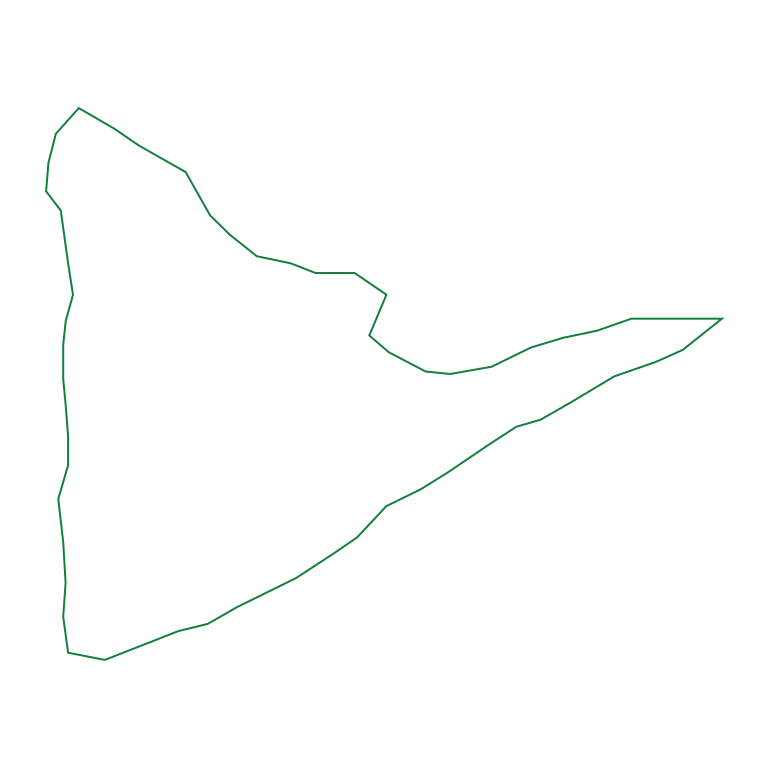 Neta, Cyprus
{"feature_id": "46923920B38170479802577", "entity_name": "Neta", "entity_type": "district", "adm_level": 2, "iso_a3": "CYP", "parent_name": "Cyprus", "parent_adm1": "", "projection": "robinson", "projection_center": [34.225, 35.469], "detail": "fine", "context": "isolated", "style": "outline", "palette": "green", "viewbox_px": 768, "rotation_deg": 0, "n_neighbors": 0, "source": "geoboundaries", "source_scale": "gbopen_adm2", "svg_char_len": 827}
<svg xmlns="http://www.w3.org/2000/svg" viewBox="0 0 768 768"><path d="M78.8,108.1L55.9,133.7L48.5,162.5L46.1,191.3L60.8,210.6L68.1,263.4L73.0,294.7L65.7,321.1L63.2,345.1L63.2,378.8L65.7,405.2L68.1,436.4L68.1,465.3L58.3,498.9L63.2,542.2L65.6,583.0L63.2,616.7L68.1,652.7L75.2,654.1L104.8,659.9L141.6,645.5L178.3,631.1L207.7,623.9L237.1,607.1L266.5,592.6L295.8,578.2L332.6,554.2L357.1,537.4L386.4,506.1L420.7,489.3L447.7,472.5L486.8,446.0L516.2,426.8L540.7,419.6L570.1,402.8L614.2,376.4L655.8,361.9L682.7,349.9L721.9,318.7L682.7,318.7L631.3,318.7L597.0,330.7L562.8,337.9L530.9,347.5L491.7,366.7L450.1,374.0L425.6,371.5L388.9,352.3L369.3,335.5L386.4,294.7L354.6,273.0L315.4,273.0L290.9,263.4L256.7,256.2L229.7,234.6L210.1,215.4L185.7,172.1L139.1,145.7L114.6,128.9L78.8,108.1Z" fill="none" stroke="#15803d" stroke-width="2"/></svg>